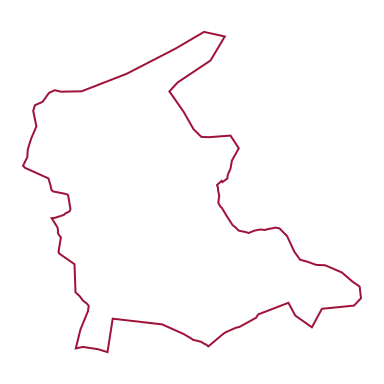 the district of Nguru, Yobe, Nigeria
{"feature_id": "59680162B38485988708032", "entity_name": "Nguru", "entity_type": "district", "adm_level": 2, "iso_a3": "NGA", "parent_name": "Nigeria", "parent_adm1": "Yobe", "projection": "albers", "projection_center": [10.371, 12.983], "detail": "fine", "context": "isolated", "style": "outline", "palette": "rose", "viewbox_px": 384, "rotation_deg": 0, "n_neighbors": 0, "source": "geoboundaries", "source_scale": "gbopen_adm2", "svg_char_len": 1766}
<svg xmlns="http://www.w3.org/2000/svg" viewBox="0 0 384 384"><path d="M25.1,167.8L25.8,168.2L26.3,168.5L27.4,168.9L29.0,169.7L30.3,170.2L32.0,171.0L44.9,176.8L48.4,178.4L50.4,184.9L51.4,189.8L53.0,191.4L65.6,193.9L67.7,194.7L68.1,195.3L68.6,198.0L70.5,209.4L69.4,211.5L65.7,213.2L63.8,214.9L60.9,215.9L55.0,217.8L51.7,218.2L57.6,227.6L58.0,230.7L57.9,233.1L59.0,235.1L60.9,237.3L58.7,250.7L58.5,251.8L58.6,252.0L58.8,252.1L58.8,252.3L58.9,252.5L58.9,252.8L58.9,253.0L59.3,253.6L74.5,264.2L75.5,292.3L79.6,296.1L83.0,300.7L86.8,303.5L88.7,305.8L88.0,311.1L80.4,329.6L75.8,348.4L82.8,346.9L98.0,349.2L107.5,352.1L112.7,318.7L162.2,324.4L177.8,331.4L184.2,334.3L188.3,336.8L190.2,337.8L193.2,339.9L197.7,340.9L201.3,341.9L204.2,343.8L205.8,344.3L207.6,345.8L208.3,346.4L223.7,333.5L226.0,332.1L236.0,327.7L239.3,327.0L256.0,317.8L258.2,314.4L288.4,302.8L295.3,315.6L311.9,327.3L321.9,308.8L354.0,305.6L361.0,298.2L359.6,286.5L352.3,281.5L341.9,272.5L325.2,265.3L316.3,264.9L307.6,261.8L300.1,259.7L294.3,251.7L287.1,236.1L279.5,228.4L275.7,227.6L271.8,228.4L268.3,229.0L265.0,230.0L260.5,229.5L257.7,230.0L254.5,230.6L251.5,231.8L248.6,233.0L245.5,232.0L241.8,231.3L238.7,230.6L235.7,227.6L232.6,225.1L227.0,216.5L221.8,207.8L220.2,206.4L218.3,202.7L219.2,195.6L218.1,190.6L218.0,187.9L217.0,185.0L221.6,180.9L222.4,182.1L227.3,178.5L227.7,175.0L230.5,168.7L231.9,160.6L238.8,148.3L230.5,135.6L208.7,137.2L201.4,136.9L193.6,129.3L183.5,111.6L169.4,91.4L177.7,82.4L210.5,60.5L224.8,36.5L204.0,31.9L175.7,48.5L126.6,73.8L81.6,91.3L61.0,91.7L54.8,90.2L49.0,92.9L42.6,101.8L35.0,105.2L33.2,110.8L36.4,126.4L31.3,138.3L29.4,144.1L27.7,149.9L27.3,157.2L23.0,165.8L23.8,166.5L24.1,166.8L24.5,167.2L24.9,167.7L25.1,167.8Z" fill="none" stroke="#9f1239" stroke-width="2"/></svg>